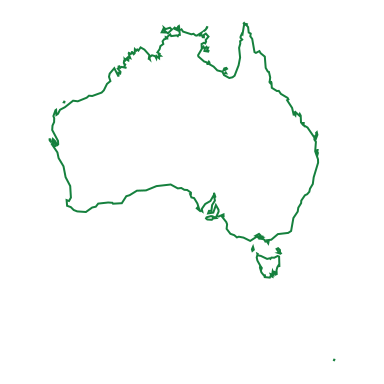 map outline of Australia (Robinson projection)
{"feature_id": "AUS", "entity_name": "Australia", "entity_type": "country or territory", "adm_level": 0, "iso_a3": "AUS", "parent_name": "Oceania", "parent_adm1": "", "projection": "robinson", "projection_center": [137.073, -32.4], "detail": "fine", "context": "isolated", "style": "outline", "palette": "green", "viewbox_px": 384, "rotation_deg": 0, "n_neighbors": 0, "source": "natural_earth", "source_scale": "50m", "svg_char_len": 5869}
<svg xmlns="http://www.w3.org/2000/svg" viewBox="0 0 384 384"><path d="M250.7,33.6L250.3,36.3L252.2,38.9L254.5,52.1L255.9,52.9L259.4,51.1L260.6,53.2L264.8,56.6L265.7,67.9L267.8,71.6L268.9,71.9L270.2,77.4L269.6,82.4L271.6,84.5L271.8,87.8L276.9,91.0L278.8,90.9L280.9,93.9L287.6,97.9L288.4,99.4L287.1,100.2L292.1,107.9L293.6,114.5L294.4,114.2L295.4,115.4L295.8,112.4L299.2,115.5L299.8,114.0L300.7,115.6L301.0,122.4L303.0,124.9L307.5,127.5L314.4,137.6L314.4,139.6L315.9,141.8L315.2,151.3L318.0,159.3L318.1,162.7L313.7,177.3L312.8,184.0L310.0,188.7L309.3,191.8L307.2,194.2L304.9,195.3L301.3,200.6L301.1,203.2L298.3,207.7L297.7,211.6L293.4,218.0L291.1,231.0L288.2,232.9L277.9,234.1L271.3,239.7L267.2,240.2L267.9,241.5L268.7,241.1L268.2,243.4L266.8,241.3L265.4,241.6L264.5,239.8L262.0,238.7L263.0,237.7L262.6,236.5L261.5,236.5L259.3,238.5L257.8,237.2L259.0,237.3L260.4,235.3L259.0,233.9L255.8,235.7L257.5,236.2L250.2,240.9L243.5,237.6L238.8,236.7L236.9,237.4L234.3,235.2L230.4,233.8L226.6,228.8L227.1,224.3L226.3,222.1L221.5,216.0L223.6,216.2L223.5,214.4L218.7,216.5L216.5,216.3L218.6,211.7L218.5,209.7L215.9,205.1L213.3,212.6L208.1,213.4L209.0,210.9L211.4,210.9L212.1,205.1L214.9,200.6L214.4,197.6L215.3,196.8L214.0,192.8L214.0,194.7L210.4,201.0L205.2,204.0L201.8,208.9L202.3,211.4L201.1,210.5L200.2,211.1L196.8,208.3L197.4,207.6L198.9,208.3L197.4,203.5L194.1,198.1L191.4,197.4L190.1,194.1L190.9,194.0L190.9,192.6L187.2,190.0L184.3,189.8L181.3,188.0L177.8,188.4L170.7,184.5L156.5,186.1L146.0,190.4L136.9,190.7L129.6,195.2L126.3,196.2L121.8,203.2L113.0,203.7L112.4,202.8L108.2,202.5L98.2,203.6L95.8,206.7L92.2,207.5L85.9,212.0L77.2,211.4L73.7,210.0L70.8,207.1L67.1,205.8L66.6,200.1L69.0,201.0L70.9,197.6L70.2,186.0L65.6,177.2L63.5,166.3L58.6,158.1L57.4,152.4L51.3,143.4L52.2,143.9L52.4,142.7L54.1,146.3L55.7,145.9L55.8,144.6L52.5,139.8L52.8,138.9L54.7,140.7L54.8,143.0L55.7,142.1L56.7,144.5L57.4,145.1L58.2,144.3L58.0,140.9L52.2,130.0L52.5,125.6L54.1,122.1L54.2,118.2L53.4,116.1L55.5,110.2L56.1,109.8L56.4,114.9L58.0,113.8L60.0,109.8L64.9,107.2L73.1,100.7L77.8,101.3L86.7,97.7L89.0,95.7L92.2,96.0L101.6,92.6L103.8,90.4L107.0,83.9L110.4,81.1L109.0,76.8L109.7,73.6L114.3,68.2L118.5,76.5L118.6,72.8L120.2,73.5L120.5,71.9L117.8,68.6L118.7,68.0L118.6,66.5L119.4,66.3L120.3,67.8L121.5,66.9L126.5,67.9L124.0,67.1L125.6,63.8L124.6,64.6L123.8,62.9L124.1,60.9L124.9,60.9L125.8,59.2L128.3,60.5L128.4,59.5L127.3,59.5L126.8,58.3L128.1,57.1L130.2,58.0L129.0,54.9L131.7,53.1L132.0,51.3L132.3,53.4L133.3,53.0L133.8,54.1L134.7,53.2L134.9,49.2L136.3,50.6L137.2,49.5L138.4,50.6L140.6,47.4L144.4,49.6L149.4,55.2L148.6,59.6L149.2,58.8L149.8,59.4L149.3,57.4L152.0,55.3L155.2,56.2L156.3,58.3L156.6,56.1L159.1,58.2L159.1,55.9L160.6,55.8L158.9,54.4L159.5,53.7L157.4,52.4L159.6,49.2L160.4,46.1L163.3,44.0L162.6,41.3L164.2,39.2L165.7,38.9L165.7,37.2L167.3,38.2L167.4,36.7L170.2,34.4L171.2,36.1L176.7,35.4L177.8,36.2L178.5,35.0L179.8,34.9L179.5,31.2L173.8,28.5L174.7,27.6L176.0,28.6L177.2,27.9L179.6,30.1L181.5,29.3L183.0,31.6L191.4,34.3L193.5,33.8L195.5,35.4L196.8,35.6L201.6,32.6L200.1,35.5L202.2,35.4L202.7,37.2L203.9,37.3L203.9,34.9L205.8,33.6L208.5,36.6L205.7,40.0L206.1,41.7L205.2,43.4L204.1,42.7L201.6,44.0L201.8,48.9L198.1,55.2L198.4,56.5L204.1,61.5L206.9,62.4L207.4,64.0L208.9,63.9L213.6,66.6L217.3,70.4L222.4,71.7L224.0,75.1L229.3,78.0L232.5,77.3L234.6,75.7L238.6,65.3L240.1,57.5L239.1,47.8L240.3,43.6L240.1,41.2L242.2,39.6L240.5,37.7L240.6,36.6L241.9,33.7L242.5,34.3L243.9,25.8L245.9,23.9L246.9,24.2L246.5,25.2L248.1,27.1L248.7,32.5L250.7,33.6ZM257.3,255.2L260.8,255.9L267.1,258.9L269.7,258.3L270.4,258.9L271.4,257.6L274.3,257.7L277.6,256.0L279.1,256.6L279.4,266.9L278.6,265.1L277.3,267.3L276.5,270.3L276.7,274.1L275.5,274.6L274.7,273.1L275.7,272.4L274.3,271.8L273.5,273.2L272.7,271.3L272.2,274.6L270.7,274.1L271.1,275.0L269.8,277.6L264.7,277.1L264.4,275.8L265.7,275.3L263.7,275.2L261.4,272.4L259.8,267.1L261.4,269.1L261.8,268.0L260.7,266.4L260.1,266.8L260.1,265.4L257.4,260.6L256.7,257.5L257.3,255.2ZM165.6,29.1L170.0,27.7L171.8,29.6L167.9,33.3L164.9,31.0L164.0,27.7L165.6,29.1ZM212.7,217.2L214.8,217.1L216.1,218.1L213.2,218.4L211.8,219.8L207.3,219.5L206.0,218.4L206.6,217.3L211.0,216.1L212.6,216.3L212.7,217.2ZM206.9,47.8L208.1,47.7L207.1,49.9L208.5,50.8L208.2,51.6L204.4,51.0L205.0,48.3L206.5,46.9L206.9,47.8ZM315.4,140.1L314.8,138.6L315.3,135.8L316.6,134.4L316.1,132.9L316.8,132.2L317.4,134.8L315.4,140.1ZM278.1,248.2L279.9,249.9L280.0,251.3L278.6,252.0L276.6,249.0L278.1,248.2ZM163.4,28.8L165.5,32.5L161.7,32.3L163.4,28.8ZM252.4,250.9L251.9,249.3L253.0,246.8L253.8,249.7L252.4,250.9ZM227.0,68.8L225.2,69.9L223.4,70.5L224.3,68.4L226.3,67.9L227.0,68.8ZM51.2,142.4L49.7,140.4L49.5,138.4L51.2,142.4ZM280.0,252.4L280.9,253.3L280.4,253.7L278.0,252.9L280.0,252.4ZM302.3,123.0L303.7,123.0L303.6,124.9L302.3,123.0ZM271.2,82.0L271.6,83.3L271.3,84.0L270.0,82.2L271.2,82.0ZM272.4,275.1L272.5,276.8L271.2,276.2L272.4,275.1ZM317.9,153.1L317.3,155.3L317.1,155.2L317.3,152.9L317.9,153.1ZM179.0,28.5L178.2,26.5L178.9,26.0L179.2,27.5L179.0,28.5ZM207.1,27.7L205.7,29.6L207.4,26.3L207.1,27.7ZM317.3,152.2L316.9,150.8L317.4,150.0L317.6,150.0L317.3,152.2ZM209.5,63.1L208.5,62.6L208.9,61.7L209.3,62.2L209.5,63.1ZM204.0,47.7L202.9,47.9L203.6,46.8L204.0,47.7ZM64.6,100.9L64.3,102.4L63.8,102.3L64.6,100.9ZM244.7,23.9L244.1,24.4L243.7,23.4L244.1,23.0L244.7,23.9ZM262.7,237.4L261.7,237.9L261.3,237.6L261.5,237.1L262.7,237.4ZM334.4,359.7L333.6,361.0L334.5,358.9L334.4,359.7ZM205.3,30.1L203.3,31.4L205.3,29.8L205.3,30.1ZM129.1,53.0L128.4,53.9L128.9,52.9L129.1,53.0ZM273.3,274.8L272.5,274.2L272.9,273.5L273.2,273.8L273.3,274.8ZM226.2,73.3L225.1,73.2L225.7,72.5L226.2,73.3ZM125.2,59.8L124.7,60.3L124.6,59.1L125.2,59.8ZM260.9,238.2L261.8,238.9L260.3,238.7L260.9,238.2ZM295.2,112.3L294.8,112.3L295.1,111.5L295.2,112.3ZM257.7,253.9L257.5,254.5L257.3,253.7L257.7,253.9Z" fill="none" stroke="#15803d" stroke-width="2"/></svg>